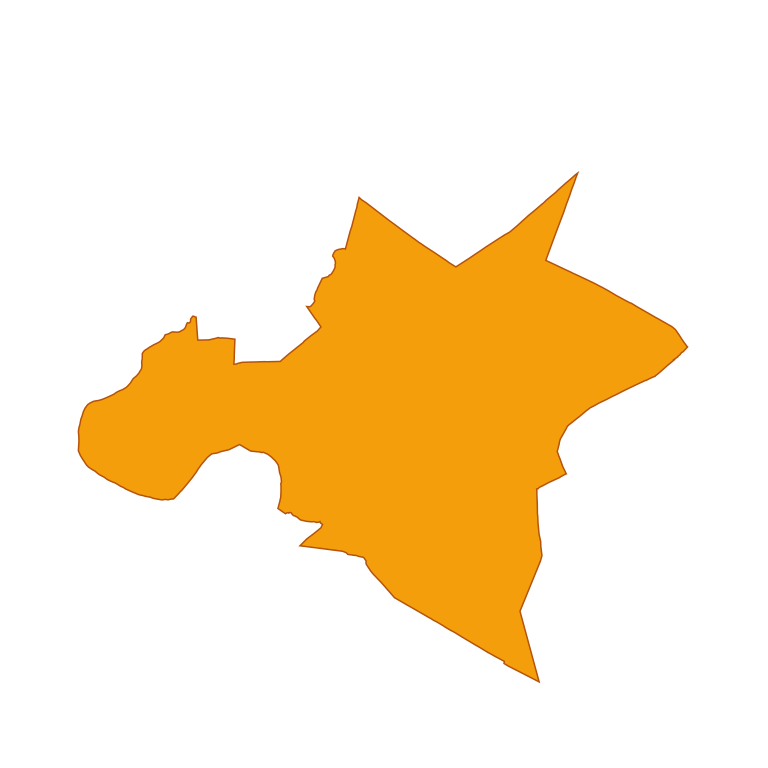 outline of Chiapilla, Chiapas, Mexico, rotated 14°
{"feature_id": "50627088B22333241829415", "entity_name": "Chiapilla", "entity_type": "district", "adm_level": 2, "iso_a3": "MEX", "parent_name": "Mexico", "parent_adm1": "Chiapas", "projection": "orthographic", "projection_center": [-92.734, 16.558], "detail": "fine", "context": "isolated", "style": "filled", "palette": "amber", "viewbox_px": 768, "rotation_deg": 14, "n_neighbors": 0, "source": "geoboundaries", "source_scale": "gbopen_adm2", "svg_char_len": 6139}
<svg xmlns="http://www.w3.org/2000/svg" viewBox="0 0 768 768"><g transform="rotate(14 384 384)"><path d="M669.6,274.6L668.9,274.2L665.5,271.4L662.6,268.9L658.5,265.0L653.6,260.7L652.4,260.1L649.4,258.7L633.1,254.1L631.7,253.8L628.9,253.0L618.5,250.0L614.6,248.9L612.0,248.2L604.4,245.8L602.8,245.7L596.7,244.2L590.6,242.6L587.8,241.9L579.3,239.3L572.5,237.5L567.7,236.4L565.4,235.8L556.9,234.0L543.8,231.4L541.5,231.0L540.9,230.9L539.3,230.5L530.6,228.8L528.6,228.4L511.1,224.9L513.0,206.8L514.4,194.2L516.9,172.9L517.4,166.2L518.5,156.6L519.1,149.0L519.9,142.5L520.3,137.3L520.9,132.5L518.9,135.0L515.3,140.3L512.0,144.8L506.6,152.7L504.4,156.3L501.2,160.6L497.0,166.4L494.7,170.2L494.2,170.7L488.3,179.0L483.5,185.4L474.6,198.7L469.2,206.2L464.7,210.4L449.9,226.2L444.5,232.3L440.2,237.0L436.3,241.4L435.8,241.9L430.5,247.6L425.4,253.0L417.7,250.5L415.0,249.3L401.1,244.3L390.4,240.6L384.3,238.3L383.9,238.3L382.6,237.7L382.0,237.4L380.8,237.0L379.8,236.5L378.6,236.0L377.4,235.6L362.3,229.4L349.0,223.9L322.9,212.5L317.8,210.7L314.7,209.0L314.7,213.7L314.6,215.6L314.9,218.9L314.9,220.4L314.7,223.0L314.7,226.4L314.6,238.8L314.2,243.6L313.9,262.3L313.5,262.1L311.0,262.7L309.5,263.5L307.7,264.2L305.6,265.6L304.4,266.6L303.6,269.0L303.2,271.2L303.3,272.4L305.0,273.7L305.8,274.9L306.7,276.1L307.2,277.2L307.8,279.1L307.6,279.9L308.3,282.3L307.9,284.9L307.6,286.3L307.0,287.9L306.4,290.0L305.6,290.8L304.5,291.8L303.9,293.3L298.5,296.4L297.0,304.0L296.4,306.8L296.2,309.3L295.5,311.2L295.4,314.9L295.7,318.6L296.8,320.1L296.6,320.6L296.1,322.5L294.1,326.4L292.5,327.2L290.3,327.5L299.9,336.0L300.2,336.3L304.0,339.3L309.0,343.9L306.5,348.7L301.1,355.2L296.3,361.6L295.4,363.5L284.5,377.7L279.2,385.2L277.9,387.2L266.3,390.4L261.3,391.6L252.6,394.1L249.9,394.8L241.1,397.3L236.7,399.6L236.1,400.3L233.5,401.1L232.5,395.2L231.8,392.6L228.5,376.6L221.5,377.4L217.0,378.2L212.9,379.2L211.9,379.0L210.0,380.2L203.3,383.6L192.7,386.5L185.5,364.6L184.5,364.7L183.7,364.4L182.6,364.3L182.0,364.5L181.1,366.7L180.8,367.4L180.7,368.2L181.1,369.9L181.0,370.5L180.8,371.2L180.1,372.0L179.3,372.0L178.6,372.0L178.1,372.8L177.6,377.0L177.2,378.4L176.4,379.5L175.6,380.4L174.6,381.2L173.8,382.1L172.3,383.2L170.8,383.8L167.7,384.3L166.8,384.5L166.0,384.7L165.3,385.2L164.5,385.8L163.7,386.6L162.8,387.4L161.8,388.1L160.3,388.8L159.7,389.4L159.4,390.7L159.2,392.4L158.2,394.0L156.6,396.7L155.5,397.9L154.2,399.1L151.1,401.6L149.0,403.7L147.4,405.2L145.8,407.1L144.2,408.7L143.1,410.2L142.4,412.1L142.1,413.1L142.7,415.2L143.3,418.0L143.5,421.0L144.7,425.0L145.0,427.9L143.4,433.0L141.9,436.0L139.3,439.5L137.7,444.4L136.4,446.9L134.8,449.6L132.9,451.5L131.2,453.1L129.2,454.4L126.4,456.8L124.5,459.1L122.5,460.8L118.9,463.7L114.8,466.8L111.3,468.9L106.4,471.0L103.2,473.7L101.5,475.7L99.9,479.4L99.0,483.5L98.8,488.2L98.4,491.5L98.7,496.4L98.6,500.7L99.0,504.2L100.6,508.8L101.9,513.6L103.6,522.7L106.7,526.8L109.6,529.7L112.4,532.2L115.1,534.7L117.8,536.3L121.5,537.6L124.8,538.5L127.3,539.8L129.9,540.9L134.9,542.1L138.6,543.6L142.2,544.4L144.1,544.7L146.9,545.0L150.3,546.0L152.9,546.9L156.0,547.4L158.9,548.4L162.4,549.0L164.6,549.4L166.9,549.8L169.8,550.2L172.7,550.7L177.4,550.6L180.3,550.7L183.5,550.4L185.1,550.4L187.2,550.7L189.3,550.7L190.9,550.6L193.5,550.4L195.4,550.3L197.5,549.9L199.4,548.9L202.6,548.6L204.7,547.4L207.3,546.5L207.6,546.4L210.6,541.2L211.1,540.3L211.9,538.8L212.4,537.7L213.4,536.3L216.0,531.0L216.7,529.5L217.5,528.0L218.1,526.6L218.7,525.2L219.5,523.6L220.2,522.1L220.9,520.6L221.4,519.2L222.8,515.9L223.6,513.6L224.2,511.5L225.2,509.2L225.9,507.1L230.3,498.1L233.7,493.5L239.0,491.2L242.0,489.1L249.4,485.3L258.5,477.7L270.7,481.3L272.6,481.1L277.6,480.4L279.4,480.0L281.9,480.1L283.3,479.5L284.4,479.6L285.9,479.9L288.4,480.3L292.6,482.2L294.5,483.3L296.8,484.6L298.7,486.1L301.0,488.2L302.4,491.1L304.0,495.0L306.5,499.1L307.5,501.7L308.2,503.9L308.0,505.9L308.7,507.7L310.2,513.8L310.6,515.8L311.2,519.0L311.2,520.6L311.3,522.5L311.2,530.5L319.8,533.7L320.7,532.8L321.5,532.3L322.3,532.0L322.9,532.3L323.8,531.4L325.3,531.5L326.5,532.8L328.1,533.6L329.8,533.6L330.8,534.0L331.9,534.1L332.9,534.7L334.5,535.5L335.2,535.8L335.9,536.1L341.6,536.0L343.7,535.8L345.0,535.5L345.7,535.5L347.6,535.1L349.4,534.5L350.7,534.5L351.5,534.7L352.3,534.6L353.0,534.2L354.4,533.7L355.2,533.0L356.0,534.2L358.3,535.1L357.6,538.8L352.2,546.0L346.7,552.8L341.6,561.3L384.3,556.3L387.4,556.7L388.5,557.0L390.1,558.1L392.6,557.8L394.4,557.6L395.5,557.6L397.1,557.4L397.8,557.1L399.2,557.2L400.1,557.2L400.9,557.4L402.0,557.4L402.5,557.3L403.9,557.3L404.7,557.2L405.9,557.2L407.3,558.0L407.8,558.6L409.5,560.1L409.7,560.8L409.7,561.8L410.4,563.2L416.2,568.6L417.6,569.6L418.7,570.5L419.9,571.3L430.0,577.7L445.9,588.8L461.1,593.2L461.6,593.3L480.2,598.6L482.5,599.3L486.0,600.2L489.3,601.3L492.8,602.1L499.5,604.1L502.9,605.3L507.9,606.8L512.9,608.0L516.5,609.2L521.9,610.9L527.2,612.5L537.1,615.5L537.4,615.5L540.0,616.3L545.8,618.1L550.6,619.6L550.9,619.6L558.2,621.6L567.8,624.0L568.1,626.2L573.1,627.7L606.6,635.5L570.9,571.6L578.6,518.1L578.8,512.4L575.4,503.5L574.1,498.9L570.8,492.2L567.0,481.4L565.0,474.6L564.8,474.3L564.2,472.6L561.9,463.8L560.4,458.7L559.1,454.4L558.1,450.4L557.5,448.9L557.8,448.7L558.9,448.3L559.4,447.0L562.9,444.1L568.5,439.0L568.7,438.9L569.1,438.6L577.1,432.2L577.6,431.4L577.8,431.3L582.1,427.3L582.6,427.1L579.8,423.7L577.5,421.0L575.1,417.4L574.7,416.8L572.5,413.5L572.4,413.4L571.0,411.5L570.3,410.4L569.7,409.4L568.4,407.7L568.3,407.3L568.5,405.4L568.5,405.2L568.4,404.0L568.5,403.4L568.4,401.4L568.5,401.3L568.4,398.8L568.3,398.5L568.3,397.1L568.3,396.2L568.5,394.8L568.4,394.5L569.2,391.9L571.6,383.3L572.0,381.2L572.3,380.8L572.3,380.5L572.8,379.6L574.2,377.7L576.1,375.3L579.1,371.3L581.7,368.0L586.9,360.8L588.7,358.7L589.5,357.5L593.3,354.2L597.4,350.3L603.5,345.3L609.2,340.2L609.8,339.9L619.0,331.9L622.6,328.9L632.3,320.9L633.5,320.0L636.4,317.6L637.7,316.9L639.7,315.1L642.5,312.8L645.2,310.9L645.3,310.4L647.6,307.6L654.3,297.8L659.8,290.3L659.3,290.2L662.5,286.6L662.3,286.3L664.1,283.9L665.0,281.7L666.5,280.2L669.6,274.6Z" fill="#f59e0b" stroke="#b45309" stroke-width="1.5"/></g></svg>